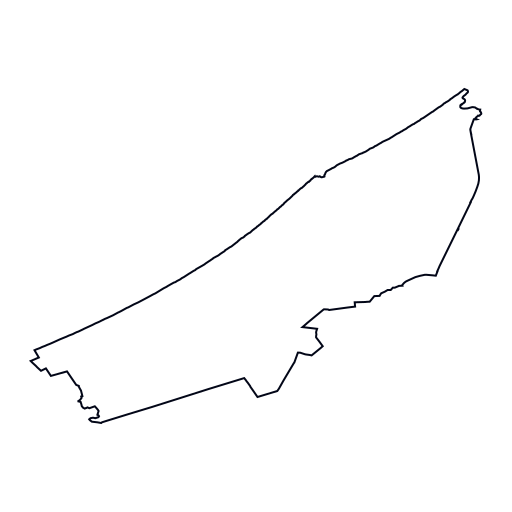 Carnikavas pag., Carnikavas, Latvia (Equal Earth projection)
{"feature_id": "27541924B94741323033452", "entity_name": "Carnikavas pag.", "entity_type": "district", "adm_level": 2, "iso_a3": "LVA", "parent_name": "Latvia", "parent_adm1": "Carnikavas", "projection": "equal_earth", "projection_center": [24.255, 57.126], "detail": "fine", "context": "isolated", "style": "outline", "palette": "ink", "viewbox_px": 512, "rotation_deg": 0, "n_neighbors": 0, "source": "geoboundaries", "source_scale": "gbopen_adm2", "svg_char_len": 6017}
<svg xmlns="http://www.w3.org/2000/svg" viewBox="0 0 512 512"><path d="M467.5,90.3L464.3,89.0L462.8,90.3L462.0,91.0L460.9,91.7L460.0,92.4L459.2,93.2L458.2,93.9L457.9,94.2L457.6,94.5L457.0,94.7L454.3,96.4L453.8,96.8L453.1,97.3L452.1,98.1L450.2,99.3L450.0,99.7L448.1,101.1L446.3,102.1L445.7,102.4L445.2,102.9L444.5,103.2L443.7,103.7L442.8,104.7L440.1,106.7L439.5,106.9L438.3,107.6L434.3,110.5L433.1,111.5L432.0,112.0L424.7,117.0L423.2,118.0L421.1,119.0L419.8,120.3L418.3,121.2L417.7,121.4L416.5,122.3L415.3,122.9L414.1,123.9L412.7,124.4L410.3,125.9L410.1,126.1L408.1,127.2L406.6,128.4L405.6,129.1L404.5,129.6L402.8,130.6L402.2,131.1L400.8,131.7L400.5,132.0L399.0,132.9L398.5,133.1L396.5,134.1L391.6,137.3L390.4,137.9L390.1,138.2L389.0,138.9L383.0,141.6L382.1,142.1L381.3,142.7L379.6,143.6L377.0,145.2L376.6,145.5L374.9,146.2L373.5,147.3L372.9,147.6L369.7,148.8L368.7,149.7L365.7,151.6L363.9,152.4L363.3,152.5L362.6,153.1L361.2,153.5L360.5,153.8L359.1,154.2L358.5,154.7L357.6,155.2L357.2,155.6L356.2,156.0L355.3,156.6L354.7,156.8L354.1,157.2L353.7,157.5L352.0,158.5L349.0,159.2L347.5,160.1L346.2,160.5L345.7,161.0L343.4,162.2L342.1,162.8L339.9,163.6L338.1,164.6L337.4,164.9L336.4,165.6L335.3,166.6L334.7,167.0L333.7,167.6L331.9,168.3L331.4,168.7L328.6,170.2L326.8,171.1L325.9,172.1L325.3,173.3L325.2,173.8L324.9,174.4L324.5,174.9L324.5,175.2L324.3,175.5L324.5,176.3L324.4,176.6L321.7,177.3L321.0,177.1L320.6,176.9L320.0,176.4L319.8,176.3L319.6,176.5L318.6,176.7L317.6,176.4L316.9,176.3L316.3,176.4L315.3,176.8L315.0,176.7L314.8,176.2L314.6,176.4L313.5,177.6L312.5,178.4L311.7,178.9L311.7,179.1L311.2,179.4L310.5,180.1L310.4,180.5L309.8,181.0L309.3,181.2L309.1,181.4L308.9,181.9L307.8,182.2L306.8,183.2L306.0,183.7L305.5,184.5L305.2,184.7L305.0,185.0L304.5,185.4L303.7,186.3L303.1,186.7L302.2,187.6L301.5,188.1L301.0,188.2L299.8,189.2L298.4,190.6L298.2,190.6L298.1,190.9L297.3,191.5L296.9,191.7L296.4,192.4L295.7,192.8L295.3,193.3L294.4,193.7L294.2,194.2L293.8,194.5L293.0,194.9L292.7,195.4L292.4,195.8L289.4,198.7L287.3,200.3L285.3,202.2L284.4,202.8L284.2,203.3L282.8,204.8L281.8,205.4L281.0,206.4L279.9,207.1L278.3,208.8L277.2,209.4L276.4,210.4L275.5,211.0L273.0,213.2L272.8,213.5L271.3,214.4L270.2,215.4L269.0,216.6L268.5,217.2L267.6,217.9L266.9,218.8L266.4,219.0L264.8,220.3L264.5,220.8L263.0,221.7L262.0,222.7L261.1,223.3L260.8,223.8L260.3,224.3L259.5,224.7L258.2,225.9L256.9,226.7L256.7,227.1L255.8,227.9L254.1,229.0L253.7,229.5L252.7,230.1L250.1,232.6L249.1,233.0L247.5,234.0L246.0,235.1L245.1,235.7L244.8,235.9L244.6,236.4L243.8,237.0L243.2,237.5L241.5,238.2L241.2,238.4L240.2,239.3L239.5,239.7L239.0,240.3L237.9,241.2L237.8,241.4L236.8,242.3L236.3,242.6L231.5,246.4L230.6,246.9L229.9,247.2L226.3,249.6L225.3,250.1L224.8,250.9L224.2,251.4L222.4,252.5L221.3,253.3L220.5,253.7L219.5,254.6L217.9,255.7L215.7,256.8L214.5,257.5L213.4,258.0L213.1,258.4L212.2,259.1L211.3,259.6L210.6,260.2L209.0,261.2L205.4,263.6L204.6,264.3L201.9,265.9L196.2,269.1L195.2,270.1L193.7,270.8L190.7,272.7L190.3,273.0L189.5,273.4L183.8,277.1L181.7,278.2L180.6,279.1L179.8,279.6L177.0,281.0L175.4,282.1L173.8,282.6L170.4,284.5L167.1,286.4L166.8,286.7L163.6,288.3L155.3,293.4L153.3,294.3L149.5,296.4L138.2,302.4L133.8,304.4L128.2,307.4L126.8,307.9L121.6,310.8L120.3,311.5L119.6,311.8L119.1,312.1L118.1,312.5L113.0,315.3L106.9,318.1L105.1,318.8L98.5,322.1L95.4,323.4L92.3,325.0L83.8,328.9L82.9,329.4L78.3,331.6L76.8,332.1L74.9,333.0L72.8,334.1L69.0,335.5L66.2,336.8L64.9,337.3L59.8,339.4L53.0,342.5L49.8,343.9L47.2,344.9L45.0,345.9L42.3,346.9L39.8,348.1L36.3,349.4L34.5,350.2L36.5,353.6L38.8,357.5L30.7,361.0L32.2,362.5L36.2,366.2L37.0,367.1L41.0,370.8L45.9,368.4L50.9,375.9L67.0,371.4L76.2,384.9L78.8,385.9L78.8,386.7L79.1,387.1L79.5,388.0L81.0,390.6L82.4,396.1L81.2,396.5L81.6,397.8L80.3,399.6L78.6,401.0L77.6,401.2L80.6,401.9L81.4,404.4L81.8,406.2L83.2,407.8L84.8,408.6L85.4,408.2L86.4,408.0L87.4,407.4L89.4,408.2L94.8,406.3L96.2,407.8L97.8,409.7L98.6,411.0L97.4,414.8L98.4,415.3L99.0,416.2L98.4,417.2L95.3,418.2L93.0,417.7L90.5,418.2L89.2,419.3L89.8,420.1L91.9,421.7L97.3,422.3L101.2,423.0L102.0,422.3L106.1,421.0L127.8,414.3L151.9,407.0L192.0,394.3L208.0,389.2L244.2,378.1L246.1,380.5L246.5,381.2L247.6,382.5L250.1,386.0L250.4,386.8L252.6,389.9L257.5,397.0L277.3,391.0L278.9,388.7L283.5,380.5L293.9,363.0L294.3,362.6L297.9,352.6L300.2,352.7L305.1,354.3L306.2,354.5L309.9,355.0L311.6,355.4L320.7,348.0L322.7,346.2L319.2,341.4L316.1,337.4L316.1,336.1L316.4,334.5L316.1,332.4L316.3,331.3L317.1,328.8L302.5,327.1L306.0,324.1L307.1,323.1L323.7,309.4L324.2,309.3L328.1,309.5L329.1,310.0L347.7,307.5L355.1,306.6L354.7,302.3L358.3,302.2L365.2,302.0L367.1,301.8L369.7,301.7L374.3,296.1L379.6,295.9L380.3,294.6L381.2,293.3L384.8,291.7L387.6,290.0L390.7,290.0L392.8,287.7L394.7,287.7L398.8,286.0L398.9,285.9L402.4,285.7L402.2,285.1L402.8,284.4L404.0,283.0L405.6,281.7L406.5,281.2L408.2,280.4L415.4,277.1L420.1,275.8L424.8,274.8L426.6,274.8L433.3,275.4L435.8,275.7L437.5,271.3L437.3,271.2L438.8,267.9L439.5,266.2L457.2,230.1L457.8,230.2L458.2,229.5L457.5,229.5L470.7,202.4L470.4,202.3L471.8,199.5L472.4,198.7L473.7,195.9L475.6,191.4L477.3,186.8L478.3,183.7L478.7,181.5L478.9,180.4L479.0,178.1L479.0,177.0L478.8,174.8L470.8,132.7L470.7,132.1L470.8,132.2L470.5,130.8L470.4,129.7L470.4,128.8L473.8,119.3L476.2,119.4L476.7,119.3L475.1,118.6L476.7,116.8L477.8,116.1L478.1,115.6L479.1,115.8L479.5,115.6L480.5,114.5L481.2,114.0L481.3,113.7L481.2,113.1L480.9,112.2L480.2,111.6L480.0,111.3L480.2,109.6L479.5,109.6L477.2,108.9L477.2,108.7L476.3,108.3L475.2,107.5L474.8,107.4L472.7,107.1L472.3,107.1L467.5,108.4L464.1,108.6L462.8,108.5L461.7,108.2L461.0,107.9L460.4,107.3L460.3,106.9L460.3,105.7L460.5,105.4L461.4,104.8L461.1,104.6L461.6,104.2L463.5,103.2L463.8,102.7L464.1,102.7L464.6,102.3L464.8,102.0L464.9,101.7L465.1,100.7L465.1,100.4L465.0,100.0L464.7,99.5L464.1,99.0L462.8,98.3L462.6,98.0L462.5,97.6L462.7,97.2L463.7,96.0L465.5,94.7L466.5,93.5L467.6,92.6L467.9,92.1L468.0,91.8L467.8,90.8L467.5,90.3Z" fill="none" stroke="#020617" stroke-width="2"/></svg>